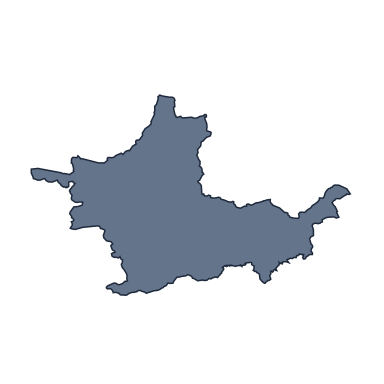 outline of Abura-asebu-kwamankese, Central, Ghana, rotated 262°
{"feature_id": "2480657B30493820921", "entity_name": "Abura-asebu-kwamankese", "entity_type": "district", "adm_level": 2, "iso_a3": "GHA", "parent_name": "Ghana", "parent_adm1": "Central", "projection": "equal_earth", "projection_center": [-1.222, 5.267], "detail": "fine", "context": "isolated", "style": "filled", "palette": "slate", "viewbox_px": 384, "rotation_deg": 262, "n_neighbors": 0, "source": "geoboundaries", "source_scale": "gbopen_adm2", "svg_char_len": 6058}
<svg xmlns="http://www.w3.org/2000/svg" viewBox="0 0 384 384"><g transform="rotate(262 192 192)"><path d="M237.0,36.0L233.1,35.5L228.6,36.8L227.4,36.7L226.1,39.6L225.3,40.5L224.9,43.3L225.7,46.7L225.7,48.1L223.9,48.9L222.0,51.1L221.3,55.1L222.5,60.3L220.3,60.9L218.1,62.8L216.6,63.4L214.8,65.4L214.9,66.5L213.8,67.7L213.8,68.7L214.4,68.8L214.2,69.7L214.4,70.5L215.3,70.9L218.2,71.1L218.9,71.5L219.2,72.3L219.1,75.0L218.5,75.8L217.8,75.8L216.7,77.3L215.1,75.9L213.4,73.6L212.5,73.1L211.4,71.5L210.1,70.8L209.5,71.4L208.2,71.2L205.4,72.7L202.4,71.6L201.1,71.8L198.3,74.7L197.6,77.1L197.8,78.7L197.2,82.3L196.9,82.4L194.2,81.3L193.5,76.9L193.7,72.9L189.3,68.7L187.5,67.9L184.7,69.4L183.3,69.1L181.9,70.8L180.4,70.9L179.8,70.4L179.4,68.4L177.1,69.0L175.5,68.6L173.1,66.4L172.2,67.8L171.2,71.1L172.2,79.0L171.6,94.0L170.8,95.7L168.5,96.4L168.1,97.8L166.5,100.2L165.5,100.3L161.4,98.2L158.9,98.3L155.5,100.6L154.0,105.0L151.5,106.3L150.8,104.7L150.0,104.1L145.8,105.1L144.4,107.0L142.9,107.3L142.8,105.4L142.1,103.7L139.6,103.9L138.2,105.6L137.9,107.8L136.9,110.2L138.0,111.7L135.6,112.3L134.2,113.8L131.4,113.0L130.4,112.0L129.2,112.0L126.5,112.6L125.1,113.7L120.2,115.8L117.9,116.0L115.3,115.4L113.0,115.7L112.6,114.8L113.0,113.3L111.0,110.4L110.3,107.1L110.8,105.5L112.2,104.0L112.7,102.0L110.8,95.3L109.5,93.9L108.8,93.9L107.8,94.9L107.6,97.8L106.1,99.2L104.1,100.0L103.3,99.9L103.2,102.7L102.0,105.3L100.1,106.8L99.1,111.7L99.0,112.9L100.4,115.8L101.0,119.0L100.7,120.3L101.0,123.7L101.8,124.5L101.7,127.1L100.5,128.7L99.5,131.2L98.1,132.6L99.5,140.6L99.4,144.2L99.9,146.6L100.9,148.3L101.4,150.2L102.3,151.0L102.6,152.9L103.6,154.2L105.1,155.2L104.6,157.3L104.3,160.4L105.8,161.2L109.8,165.3L109.5,167.8L109.9,170.2L109.8,174.0L110.7,176.5L108.6,179.9L106.6,180.5L106.1,181.7L103.3,185.3L103.3,190.6L102.8,191.2L102.5,193.7L102.6,194.7L103.9,196.6L103.3,198.8L103.8,199.4L104.6,203.2L103.7,205.5L105.0,206.6L105.6,207.8L107.0,208.7L107.3,209.9L108.6,210.3L110.9,212.6L112.3,212.6L113.0,211.6L114.5,214.3L114.4,216.0L113.9,215.6L113.9,216.1L113.5,216.1L113.7,216.8L114.2,216.8L113.9,217.4L114.2,217.8L114.2,219.1L113.5,219.1L114.1,220.9L113.4,221.3L113.4,222.5L112.3,224.6L112.7,226.6L112.5,228.7L113.1,229.8L112.3,230.6L111.9,230.3L111.3,231.1L112.0,231.2L112.4,232.3L112.2,233.1L112.6,234.3L112.4,234.5L112.5,234.9L113.3,235.3L113.8,234.7L114.3,235.7L114.1,238.6L114.3,239.7L113.6,241.3L111.8,241.0L109.8,243.3L106.4,242.3L106.0,241.7L104.6,243.0L104.5,244.3L103.1,245.0L102.1,246.7L100.7,247.3L96.4,247.2L93.6,249.0L91.6,250.9L91.5,251.8L92.4,252.6L93.8,255.0L93.6,256.0L94.7,257.9L98.5,257.3L99.8,258.6L102.4,259.0L102.5,259.9L101.5,260.5L102.2,261.6L103.4,262.0L103.8,263.5L103.4,264.2L102.8,264.0L102.4,265.0L104.5,264.2L106.9,266.9L107.2,267.7L108.9,268.5L109.9,268.5L108.9,269.2L109.3,269.6L107.9,271.8L109.3,271.0L109.8,271.5L109.7,272.2L110.3,272.6L109.8,275.8L108.6,278.0L110.2,277.1L111.9,276.8L112.1,278.6L112.8,279.9L112.1,282.1L113.0,283.9L112.6,286.1L114.4,286.7L114.2,288.0L114.7,288.4L114.9,289.3L115.4,289.5L115.3,290.1L115.7,290.2L114.4,292.7L114.8,293.1L114.5,293.7L114.0,293.0L113.1,293.5L111.8,292.5L110.2,293.0L110.0,293.5L110.2,295.0L112.0,296.3L112.9,298.7L113.8,299.6L113.3,302.4L114.1,302.8L115.4,302.6L116.9,301.6L119.2,302.4L120.3,303.6L121.2,303.9L122.6,303.7L123.9,302.7L129.1,301.9L131.1,303.6L131.9,306.2L137.6,307.0L142.2,306.3L143.7,307.9L144.0,309.7L143.1,312.5L143.3,314.6L144.0,315.5L144.2,316.9L146.4,317.1L147.9,321.1L148.1,323.3L147.5,329.4L146.1,331.2L146.6,333.9L151.7,332.4L152.1,332.5L152.4,333.2L153.0,332.8L153.5,333.0L157.6,331.7L158.9,330.6L162.0,329.2L163.6,331.0L164.1,332.5L165.0,333.1L165.3,334.4L164.7,337.6L167.0,342.1L167.6,344.1L168.5,345.0L167.9,346.3L167.8,347.5L168.1,348.5L173.6,345.7L178.3,338.4L179.0,334.3L178.5,332.7L177.2,331.6L177.2,330.3L176.4,329.1L176.3,327.8L175.1,326.0L172.9,324.0L169.1,322.2L167.6,320.9L168.4,317.4L166.4,316.8L165.0,315.4L162.8,311.7L161.9,309.3L159.9,307.6L158.2,303.7L156.1,300.9L156.9,297.2L156.8,296.1L155.4,294.5L152.5,294.8L151.1,293.3L152.1,288.7L153.6,285.3L154.7,285.1L155.8,283.9L157.7,283.9L158.4,282.9L158.9,280.8L164.0,276.5L167.8,269.9L168.3,270.0L170.4,268.4L172.4,268.1L173.7,268.5L173.7,264.5L173.2,263.5L173.4,262.0L172.9,260.6L172.3,257.0L172.3,253.7L171.0,250.4L170.8,248.3L172.1,246.6L172.3,245.2L172.0,244.3L170.3,244.0L170.7,242.2L169.2,237.6L170.8,233.8L173.4,232.9L174.7,231.6L176.4,232.0L176.8,231.6L177.0,231.0L176.5,229.2L177.3,226.5L179.6,222.7L180.7,219.9L182.7,218.8L183.1,217.2L182.8,213.4L183.8,209.7L185.7,209.8L186.6,208.0L185.9,206.6L186.5,203.8L188.5,203.3L188.1,202.1L188.7,201.5L197.0,202.1L199.5,200.9L200.5,199.6L201.8,199.2L202.5,201.1L207.0,204.4L208.0,206.1L209.2,205.8L210.2,204.9L213.8,205.0L215.2,204.4L216.6,202.9L218.3,203.8L221.3,204.2L223.7,203.0L228.1,201.9L230.1,203.5L233.1,203.3L236.4,207.0L240.3,208.1L241.2,210.6L242.4,211.6L244.2,214.3L244.9,217.7L246.6,218.8L248.3,219.2L249.1,218.4L250.4,215.3L251.7,215.1L254.1,215.9L257.7,216.1L262.2,215.0L264.1,215.0L264.1,216.2L264.6,216.8L266.2,216.9L266.8,216.4L266.9,215.2L265.8,213.7L265.9,211.8L265.6,209.6L264.9,208.4L264.6,206.1L264.9,204.2L266.1,202.1L266.6,193.2L267.0,192.3L268.5,191.4L267.9,187.3L268.6,186.6L269.8,186.6L270.8,185.9L276.7,185.4L278.5,185.6L278.9,186.9L284.0,187.1L285.1,187.9L287.2,187.4L288.6,185.8L288.9,183.3L291.3,175.7L292.5,173.6L290.9,171.4L289.3,171.6L283.8,169.1L282.1,167.0L277.7,166.5L275.7,165.4L274.7,166.0L267.2,161.1L266.6,161.4L264.9,160.7L263.2,158.4L261.2,154.4L257.2,151.0L254.8,150.9L251.0,147.1L251.0,144.2L250.4,143.5L248.6,143.1L247.3,143.4L246.9,143.0L246.8,142.1L245.6,139.5L241.5,135.8L242.1,134.8L241.4,131.8L238.7,128.9L240.3,127.4L238.7,121.6L237.2,119.4L237.2,117.1L237.9,113.7L236.5,112.5L235.2,112.9L233.0,109.3L233.8,103.5L239.9,88.8L240.5,86.7L240.4,86.1L241.7,85.7L243.7,84.1L242.0,82.8L242.9,78.9L241.7,77.4L237.5,76.5L236.9,77.4L234.2,77.8L231.3,78.0L230.0,77.5L228.7,77.9L226.3,73.2L228.0,68.6L228.3,66.3L229.2,65.2L236.8,42.7L237.0,36.0Z" fill="#64748b" stroke="#1e293b" stroke-width="1.5"/></g></svg>